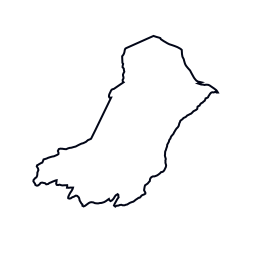 Sobradinho, Bahia, Brazil (Albers equal-area conic projection), rotated 29°
{"feature_id": "56859067B88292675252612", "entity_name": "Sobradinho", "entity_type": "district", "adm_level": 2, "iso_a3": "BRA", "parent_name": "Brazil", "parent_adm1": "Bahia", "projection": "albers", "projection_center": [-40.874, -9.66], "detail": "fine", "context": "isolated", "style": "outline", "palette": "ink", "viewbox_px": 256, "rotation_deg": 29, "n_neighbors": 0, "source": "geoboundaries", "source_scale": "gbopen_adm2", "svg_char_len": 4048}
<svg xmlns="http://www.w3.org/2000/svg" viewBox="0 0 256 256"><g transform="rotate(29 128 128)"><path d="M170.1,52.5L168.3,53.0L166.7,53.5L164.7,53.4L162.6,52.6L161.3,52.0L157.6,49.7L156.5,49.0L154.4,47.6L151.5,46.6L149.0,45.6L147.4,44.7L146.1,43.6L144.4,41.9L143.4,40.8L142.2,40.0L141.1,39.3L139.4,37.2L138.2,35.3L137.2,33.7L135.6,33.3L134.3,33.3L132.1,33.3L129.0,33.7L126.1,34.2L123.6,34.7L121.3,34.8L118.2,34.7L117.1,34.7L113.6,34.4L112.7,33.7L111.4,33.9L108.5,34.6L105.7,35.1L101.6,40.5L87.7,59.0L87.2,59.9L87.4,61.5L88.0,63.1L88.4,64.9L88.4,66.5L88.1,68.1L91.5,73.7L92.7,74.3L93.1,75.9L93.7,77.4L95.5,78.1L96.4,79.4L97.5,80.6L97.5,82.0L97.7,83.7L98.4,84.8L99.4,85.7L100.0,86.9L100.0,88.6L100.9,89.8L102.0,90.1L100.2,93.6L96.7,100.6L95.4,101.9L95.0,103.3L95.1,104.3L95.3,107.6L95.6,108.7L96.2,109.9L97.2,110.4L98.5,109.6L100.5,146.0L100.9,155.3L100.0,156.6L98.9,157.9L98.4,159.2L98.0,160.4L96.9,162.0L96.0,163.2L94.9,164.2L93.8,165.7L92.5,167.6L91.2,169.6L89.8,170.9L87.9,172.8L86.7,173.6L85.4,174.9L84.2,176.5L82.5,177.3L80.6,178.0L78.8,178.9L77.7,180.0L77.8,182.1L79.3,183.4L79.8,184.6L79.2,185.7L76.9,188.7L75.6,189.7L74.0,191.3L72.6,192.8L71.6,194.2L70.5,195.3L69.4,196.4L69.7,198.4L69.8,199.8L69.1,200.6L68.5,201.6L67.9,202.5L67.3,203.7L66.6,204.6L66.8,205.8L68.9,207.0L70.0,208.2L70.2,209.8L70.4,211.1L71.1,212.3L71.7,213.9L71.8,215.6L71.1,216.8L70.9,217.8L70.6,219.2L71.1,220.5L72.4,221.2L73.7,221.8L74.6,222.7L76.0,222.7L77.0,222.1L77.9,220.3L78.2,218.4L79.3,217.4L81.0,216.9L82.2,216.5L83.8,216.9L85.3,215.7L85.9,214.2L86.7,213.3L88.2,211.3L89.2,210.1L89.9,209.2L90.9,208.3L91.6,210.0L92.2,211.6L93.2,212.3L94.5,211.8L95.7,210.7L97.3,210.4L98.5,210.0L100.0,209.0L101.2,208.3L102.5,207.5L103.1,208.4L103.6,209.8L105.2,209.0L106.7,207.9L107.7,207.4L108.8,206.8L109.1,208.1L109.1,209.8L109.1,211.1L108.9,212.1L108.9,213.9L109.0,215.9L109.2,217.5L109.8,218.4L110.9,218.2L112.0,217.3L112.9,215.5L114.0,214.3L114.5,213.4L115.2,212.4L116.5,212.0L118.7,212.6L120.0,213.8L120.8,214.8L122.3,215.7L123.8,216.6L125.3,217.0L125.8,218.1L127.2,218.1L128.2,216.8L129.1,214.8L130.1,212.6L130.8,211.6L131.8,210.7L133.7,209.9L135.3,209.8L136.7,209.3L138.5,208.4L139.7,207.3L141.1,206.4L142.2,205.3L143.2,204.2L144.3,202.3L145.1,200.5L145.7,199.3L146.6,200.1L148.2,200.4L149.0,199.2L149.5,197.5L149.7,195.8L149.7,194.6L149.9,192.9L151.0,190.9L152.0,191.2L152.6,192.3L153.4,193.2L153.1,195.3L153.1,196.6L153.1,197.8L153.1,199.4L153.1,200.9L153.3,202.6L155.0,202.9L155.5,201.7L157.1,200.6L158.3,199.2L159.4,198.4L161.0,198.1L162.5,197.2L163.5,196.0L164.3,195.4L164.9,194.4L165.6,193.1L166.2,192.2L167.5,190.7L168.4,189.8L169.0,188.5L169.4,187.3L170.5,185.2L171.1,183.9L172.0,183.3L172.4,182.0L172.6,180.6L173.2,179.6L173.9,178.8L174.5,178.0L175.0,177.0L174.5,176.1L173.5,175.5L172.2,174.6L171.7,173.2L171.3,172.1L171.0,171.1L170.7,169.9L171.4,168.5L172.1,167.1L172.4,165.5L172.8,163.8L172.1,162.2L172.0,161.0L172.3,159.6L173.2,158.3L174.6,157.5L175.5,156.5L176.4,155.4L177.2,153.9L178.0,152.0L178.3,150.6L179.5,149.6L180.0,148.6L180.2,147.3L180.1,145.4L180.0,143.7L179.4,142.1L178.5,141.2L177.6,140.3L177.2,139.4L176.5,138.4L176.1,136.8L175.3,136.0L174.3,135.0L173.5,134.0L173.1,132.9L172.5,131.8L171.9,130.4L171.8,128.9L171.4,127.2L171.1,125.2L170.4,123.6L170.4,121.8L170.4,120.4L169.9,118.3L170.2,116.7L169.9,115.3L169.9,114.2L170.3,112.4L170.6,110.8L170.4,109.7L170.5,108.6L170.5,106.9L170.7,104.9L171.2,103.3L171.3,101.6L170.9,100.0L170.6,99.0L170.6,97.9L170.3,96.3L170.7,95.3L171.4,93.8L171.7,92.3L172.5,91.3L173.3,90.0L173.7,88.4L174.7,87.0L175.4,85.9L176.3,84.7L176.8,83.0L177.1,81.7L177.6,80.9L178.2,80.0L178.8,79.1L179.3,77.8L178.9,76.7L178.5,75.6L179.1,74.5L179.7,73.8L179.7,72.1L180.1,70.7L180.9,69.6L181.2,68.3L181.8,67.2L181.8,65.8L181.5,64.5L182.5,63.4L183.1,62.4L183.0,61.1L183.1,59.7L183.2,58.3L183.5,57.0L184.3,55.9L185.8,55.3L186.8,54.0L188.2,54.1L189.4,53.4L188.4,52.8L186.8,52.1L184.0,51.7L178.6,51.2L177.1,51.4L175.2,52.3L174.2,53.2L172.6,53.7L170.9,54.5L167.7,55.1L170.1,52.5Z" fill="none" stroke="#020617" stroke-width="2"/></g></svg>